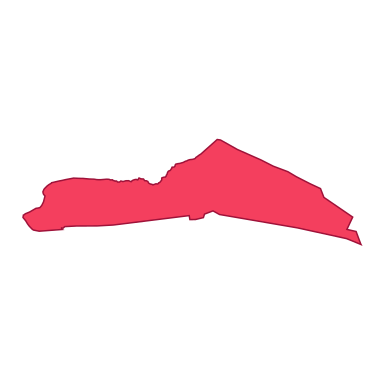 Santa María Yolotepec, Oaxaca, Mexico (orthographic projection)
{"feature_id": "50627088B13897730718633", "entity_name": "Santa María Yolotepec", "entity_type": "district", "adm_level": 2, "iso_a3": "MEX", "parent_name": "Mexico", "parent_adm1": "Oaxaca", "projection": "orthographic", "projection_center": [-97.477, 16.884], "detail": "fine", "context": "isolated", "style": "filled", "palette": "rose", "viewbox_px": 384, "rotation_deg": 0, "n_neighbors": 0, "source": "geoboundaries", "source_scale": "gbopen_adm2", "svg_char_len": 2431}
<svg xmlns="http://www.w3.org/2000/svg" viewBox="0 0 384 384"><path d="M296.3,176.7L287.9,171.7L273.3,166.2L260.9,159.9L237.4,149.5L220.5,140.0L217.2,139.5L200.8,154.1L199.3,155.0L198.9,155.3L196.9,156.8L195.8,157.5L195.4,158.2L194.8,158.7L193.8,159.0L192.3,159.4L191.2,159.5L190.0,159.6L189.2,159.8L188.0,160.2L186.8,160.9L185.5,161.2L184.5,161.7L183.3,162.4L181.5,162.9L180.5,163.2L179.3,163.5L178.0,163.6L177.0,163.9L176.0,164.0L175.5,164.6L175.1,165.1L175.0,166.1L174.7,166.6L174.1,167.0L173.0,167.2L172.3,167.1L171.9,167.3L171.8,168.3L171.4,168.7L170.3,170.4L168.5,171.1L167.8,172.0L167.3,173.2L167.1,174.2L166.7,174.9L166.3,175.2L166.1,176.2L165.5,177.0L164.5,177.1L163.4,177.3L162.6,177.6L162.0,177.7L161.7,178.5L161.7,179.9L161.4,180.5L160.8,181.1L160.4,181.6L159.9,182.3L159.1,182.8L158.7,182.8L158.0,183.8L157.4,184.0L156.8,183.9L156.0,183.8L155.3,184.0L154.4,184.4L153.5,184.6L153.0,184.9L152.4,184.6L151.8,184.2L151.2,184.3L150.4,184.0L149.3,183.5L148.5,182.9L147.9,181.5L146.5,180.8L144.8,180.7L144.2,180.1L143.9,179.5L143.5,179.0L141.8,178.9L140.7,178.8L139.9,178.3L139.0,178.0L138.5,178.7L138.0,179.7L137.3,179.9L136.3,179.4L135.1,179.5L134.2,179.8L133.2,180.1L132.1,180.7L131.1,181.7L130.5,181.5L129.4,181.0L128.6,180.7L127.8,180.7L126.9,180.8L126.1,180.7L124.6,181.1L123.6,181.4L122.8,181.6L122.4,181.4L121.7,181.2L120.8,181.0L120.5,181.3L119.9,181.8L119.2,182.1L118.1,182.0L117.5,182.0L116.8,181.2L116.0,180.9L115.4,181.2L114.5,180.9L113.7,180.5L113.1,180.5L112.8,180.2L112.4,179.8L111.0,179.9L110.4,179.9L109.0,179.3L106.5,179.2L100.6,179.7L98.6,179.7L96.7,179.6L94.3,179.2L92.1,179.1L89.3,179.0L82.8,178.4L80.8,178.4L77.8,178.3L73.6,178.1L65.6,179.6L62.2,180.4L59.0,181.0L55.5,181.8L53.1,182.4L51.6,182.7L51.3,183.2L48.8,184.7L47.1,186.0L44.4,188.7L43.8,189.7L42.9,191.8L43.1,193.0L43.6,194.4L45.0,196.0L43.5,201.9L41.7,205.5L39.9,207.6L37.8,208.1L36.0,208.3L29.6,212.0L25.5,213.7L25.4,213.7L23.7,215.1L23.4,215.1L23.2,216.2L23.0,217.5L25.7,220.8L27.5,223.8L29.2,226.1L31.3,228.3L32.4,229.4L33.6,230.1L39.2,231.2L61.9,229.5L61.7,229.4L61.6,228.6L61.6,228.0L63.0,228.2L64.3,227.1L64.5,226.7L64.8,226.6L76.4,226.0L97.3,225.9L113.4,225.0L189.2,215.6L189.9,219.6L195.5,219.5L203.4,217.6L204.5,214.1L213.0,210.9L219.5,214.5L297.6,227.9L346.5,238.6L361.0,244.5L360.7,243.9L356.1,231.5L346.9,229.4L352.7,217.1L323.9,197.4L320.5,188.6L310.0,183.7L296.3,176.7Z" fill="#f43f5e" stroke="#9f1239" stroke-width="1.5"/></svg>